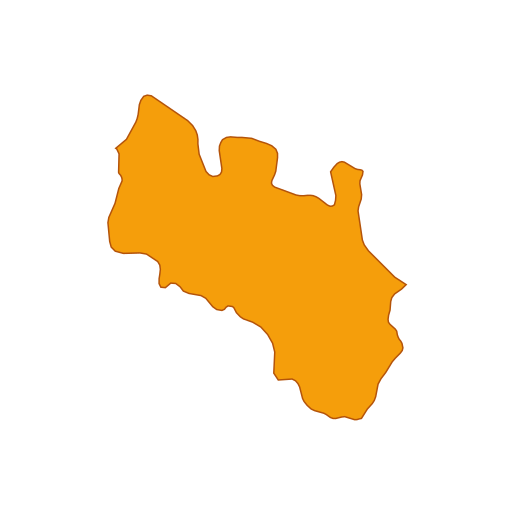 the border of Satu Mare, rotated 248°
{"feature_id": "ROU-301", "entity_name": "Satu Mare", "entity_type": "County", "adm_level": 1, "iso_a3": "ROU", "parent_name": "Romania", "parent_adm1": "", "projection": "equal_earth", "projection_center": [22.899, 47.706], "detail": "fine", "context": "isolated", "style": "filled", "palette": "amber", "viewbox_px": 512, "rotation_deg": 248, "n_neighbors": 0, "source": "natural_earth", "source_scale": "10m", "svg_char_len": 2381}
<svg xmlns="http://www.w3.org/2000/svg" viewBox="0 0 512 512"><g transform="rotate(248 256 256)"><path d="M168.9,238.7L178.8,237.4L188.3,233.9L195.9,228.1L202.4,220.8L205.5,218.7L210.8,216.6L216.4,216.1L218.0,215.2L220.2,211.4L219.7,209.0L218.4,206.8L218.3,204.0L221.1,199.5L225.2,196.9L235.6,193.6L239.9,190.2L246.4,179.8L250.7,175.5L255.9,174.1L260.6,171.3L262.8,166.8L260.6,160.1L262.7,156.1L266.7,155.8L271.3,157.7L275.3,160.1L279.4,162.3L283.6,163.4L287.7,162.8L298.8,155.2L302.3,149.6L308.1,134.0L313.2,127.3L318.5,125.1L324.3,125.8L342.4,131.2L346.9,134.0L357.6,145.0L370.0,154.1L375.8,160.0L377.7,160.7L379.6,160.9L381.6,160.7L383.6,160.0L384.0,159.9L384.4,159.9L384.8,159.9L385.2,160.0L402.0,167.3L407.4,167.0L408.4,166.3L412.7,179.6L425.1,194.7L427.8,197.2L431.3,199.7L440.1,204.6L443.5,207.6L446.1,211.7L445.9,215.4L443.7,219.0L407.0,243.4L400.6,246.1L394.7,247.1L390.2,246.9L385.8,245.8L381.7,244.1L371.6,241.4L353.1,241.3L348.9,242.9L345.9,245.7L344.7,250.3L345.1,253.2L346.8,255.5L349.8,257.1L367.5,261.4L371.6,263.3L374.4,265.9L376.4,268.5L377.0,273.0L376.0,277.0L372.8,283.4L371.1,287.6L366.7,296.1L361.1,302.1L356.4,307.9L352.3,311.9L347.5,314.4L343.1,314.4L339.1,312.8L327.2,306.1L324.3,303.6L319.9,298.9L317.7,297.6L315.4,297.7L312.9,299.1L297.6,315.9L295.5,319.2L294.0,322.8L293.0,326.3L291.9,329.1L290.6,331.5L288.5,333.8L286.0,335.8L276.5,341.3L274.4,343.3L273.7,345.5L274.1,347.9L277.8,350.6L282.1,352.7L306.1,356.7L309.2,361.5L311.3,365.9L311.7,368.6L311.3,371.0L309.9,373.1L299.9,380.6L298.2,382.6L297.0,384.8L295.9,386.3L294.4,386.9L291.3,385.1L286.8,380.6L284.0,379.3L273.3,376.9L269.4,374.9L263.2,369.6L259.6,367.5L230.9,360.6L225.8,360.5L218.6,362.2L184.4,376.7L173.2,384.5L170.8,378.6L168.9,370.3L166.5,366.3L163.4,363.9L155.6,360.0L151.5,356.8L147.8,354.7L145.0,354.0L142.5,354.6L136.2,357.7L133.6,358.3L129.9,357.5L127.5,357.4L125.1,357.6L122.9,358.3L120.3,358.6L115.8,357.8L113.6,356.2L112.0,353.6L109.0,346.7L106.9,342.7L99.4,332.6L95.4,325.9L91.5,321.2L80.8,314.3L77.8,311.6L75.6,308.5L72.4,301.9L67.1,294.6L65.9,292.9L66.3,290.7L66.5,288.3L67.3,286.1L73.8,278.1L74.6,275.2L75.5,269.0L76.5,266.6L78.4,264.5L82.8,261.7L84.8,260.0L90.6,252.5L93.5,249.8L98.3,247.5L103.0,246.1L106.3,245.8L118.3,247.4L122.0,247.1L125.5,245.9L128.4,243.4L132.7,230.2L140.7,228.6L159.9,237.4L168.9,238.7Z" fill="#f59e0b" stroke="#b45309" stroke-width="1.5"/></g></svg>